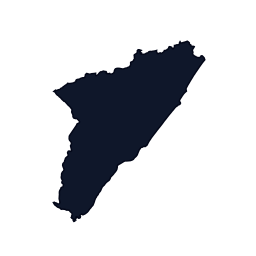 outline of Iguape, São Paulo, Brazil, rotated 341°
{"feature_id": "56859067B39620735608420", "entity_name": "Iguape", "entity_type": "district", "adm_level": 2, "iso_a3": "BRA", "parent_name": "Brazil", "parent_adm1": "São Paulo", "projection": "orthographic", "projection_center": [-47.495, -24.592], "detail": "fine", "context": "isolated", "style": "filled", "palette": "ink", "viewbox_px": 256, "rotation_deg": 341, "n_neighbors": 0, "source": "geoboundaries", "source_scale": "gbopen_adm2", "svg_char_len": 5677}
<svg xmlns="http://www.w3.org/2000/svg" viewBox="0 0 256 256"><g transform="rotate(341 128 128)"><path d="M57.1,195.4L59.4,195.2L60.7,194.8L62.1,194.3L63.5,193.5L64.7,192.6L65.5,192.0L66.3,191.6L67.2,191.1L67.8,190.5L68.8,190.1L69.7,189.6L70.2,189.0L71.0,188.1L72.3,186.5L72.8,185.7L73.5,184.9L74.3,183.9L75.3,183.2L76.2,182.3L76.9,181.8L77.9,181.3L78.7,180.4L79.7,179.5L80.6,179.1L81.7,178.3L83.0,176.8L83.9,175.9L84.5,175.3L85.2,175.0L86.1,174.5L87.0,174.2L87.7,173.6L89.0,172.8L89.8,172.3L90.5,172.1L92.7,171.4L93.4,171.1L94.3,170.3L95.0,169.5L95.5,168.8L97.3,167.9L98.3,167.4L99.2,166.9L100.1,166.2L100.9,165.8L102.3,164.9L103.2,164.2L104.0,163.4L105.0,161.7L105.3,160.8L105.9,159.9L108.1,159.3L109.0,159.2L110.3,158.9L111.7,158.6L112.9,158.3L114.4,158.1L115.1,158.4L117.6,159.1L119.7,159.6L121.6,159.6L122.9,159.3L124.3,158.3L126.3,157.5L127.8,156.5L128.7,155.5L129.4,154.6L130.6,153.3L131.5,152.3L132.8,151.5L133.6,150.8L134.4,150.6L135.3,150.8L137.2,150.4L138.0,151.1L139.2,150.8L140.2,150.5L141.2,149.6L142.4,148.4L144.0,147.0L145.3,146.1L146.9,144.8L147.8,144.2L149.9,142.8L151.1,142.0L152.4,141.2L154.4,139.8L156.6,138.4L159.6,136.5L161.9,135.0L164.3,133.3L166.7,131.8L168.8,130.4L171.6,128.6L173.3,127.6L175.5,126.2L176.3,125.8L178.5,124.4L179.5,123.8L181.1,123.2L182.0,123.1L182.8,122.5L183.6,122.6L184.7,122.5L185.6,121.8L185.8,120.8L185.3,119.7L185.7,118.6L186.7,117.6L187.6,116.9L188.4,116.3L189.1,115.7L189.9,115.1L190.6,114.6L191.7,113.8L192.8,113.2L194.1,112.6L195.2,112.2L195.3,111.1L195.6,109.7L196.4,108.8L197.3,108.0L198.0,107.3L198.8,106.6L200.5,105.2L201.4,104.4L202.7,103.3L203.9,102.3L204.8,101.6L206.1,100.5L207.0,99.7L208.6,98.6L209.4,97.9L211.3,96.5L212.0,96.0L214.3,94.3L214.9,93.8L218.0,91.6L219.7,90.4L221.8,89.1L222.8,88.5L222.8,87.3L222.8,86.4L222.2,85.0L221.7,84.0L220.7,83.6L220.1,84.2L219.1,84.7L218.1,84.6L217.4,84.3L216.6,83.9L215.6,83.2L215.3,82.4L214.4,82.0L213.9,80.9L213.3,80.0L213.1,78.9L213.9,77.9L214.1,76.7L214.0,75.7L214.8,74.6L215.8,73.8L216.5,73.3L217.1,72.6L216.1,71.9L214.8,71.6L214.2,71.0L214.5,70.2L214.0,69.5L213.3,68.9L213.7,67.4L213.0,66.1L212.2,65.2L211.1,65.4L209.8,65.2L209.0,65.7L208.3,65.1L207.2,65.2L205.6,64.9L205.3,63.4L204.5,64.1L204.0,65.1L203.5,65.8L201.9,65.5L200.9,65.2L199.5,65.3L198.8,65.1L198.5,66.1L197.8,67.0L196.8,67.8L195.8,67.5L195.6,66.0L194.8,65.2L193.7,64.6L193.0,64.8L192.5,65.6L191.7,66.3L190.6,66.5L189.9,66.9L188.6,66.9L187.6,66.6L187.0,67.4L185.6,68.0L184.5,68.2L183.3,68.3L183.0,67.5L182.0,67.4L181.1,67.5L180.0,67.2L179.9,66.0L179.8,65.1L180.3,64.0L179.5,64.0L177.8,63.8L176.4,63.5L174.9,63.3L173.9,62.8L172.7,62.7L170.9,63.5L169.7,63.2L168.8,63.6L167.8,63.6L166.7,63.5L165.7,62.8L164.8,62.7L164.0,61.8L165.0,61.3L164.4,60.6L163.9,59.6L165.7,58.9L164.1,57.7L163.1,57.3L161.9,58.0L161.6,59.2L160.8,60.1L159.1,60.6L157.9,60.8L157.3,61.8L157.4,62.9L156.9,63.6L156.8,64.7L155.7,65.4L155.1,66.1L154.1,66.6L152.8,66.7L151.9,66.8L151.5,67.9L151.4,68.7L150.5,69.6L149.7,70.5L148.7,70.7L148.0,70.6L146.6,70.9L145.7,70.7L144.5,70.6L142.4,70.7L141.6,70.1L140.6,69.6L139.7,69.0L139.0,68.7L138.0,68.3L136.9,68.0L135.4,68.0L134.5,68.6L133.9,69.3L133.2,70.5L132.3,71.4L131.0,71.6L129.9,71.7L128.8,71.4L128.5,70.4L127.6,70.4L126.5,70.0L125.7,69.7L125.2,69.0L125.8,68.3L125.6,67.5L124.5,67.0L123.3,66.2L122.2,66.2L121.2,66.3L120.4,66.0L119.3,66.4L118.4,66.9L117.4,67.6L116.1,68.2L114.7,68.0L114.8,66.8L115.2,65.7L114.0,65.5L112.7,65.2L111.5,64.9L110.6,64.8L109.6,64.8L108.7,64.4L107.6,63.6L106.7,63.0L105.9,63.3L105.1,63.7L104.5,65.0L103.6,66.0L102.7,66.2L102.0,65.9L101.0,65.7L100.0,65.7L98.8,65.7L97.8,66.3L96.9,65.7L95.3,65.6L94.3,66.0L94.1,67.0L93.1,67.4L92.1,67.4L91.3,67.7L90.0,67.5L88.7,67.3L87.0,66.9L86.2,66.5L85.4,66.1L84.2,67.0L83.1,67.1L82.1,67.4L81.1,67.8L80.1,67.9L79.4,68.7L78.3,68.6L77.4,68.7L76.6,69.3L75.4,69.3L74.3,69.1L73.4,69.4L72.7,69.3L71.9,68.6L70.9,68.9L69.8,69.3L70.6,70.0L71.0,71.2L71.1,72.0L71.6,73.3L72.0,74.0L72.8,74.9L73.2,76.1L74.0,77.2L74.5,78.4L75.0,79.7L75.6,80.7L76.2,81.9L77.2,82.6L77.5,83.6L78.1,85.0L78.5,86.0L79.0,87.2L79.8,88.4L80.3,89.7L80.7,91.0L81.1,91.8L80.9,92.8L80.4,93.8L80.0,94.5L80.0,95.5L80.1,96.6L80.3,97.7L79.8,98.8L79.7,99.8L79.9,100.8L80.6,101.4L81.5,102.0L82.7,102.4L83.2,103.3L83.9,104.8L84.3,106.0L83.8,107.1L82.5,107.5L81.5,107.4L80.9,107.9L80.2,108.7L70.2,116.2L69.7,116.9L68.8,119.2L68.8,120.6L69.3,121.8L69.6,122.5L69.6,123.6L69.4,124.6L68.7,125.3L67.9,126.1L67.7,127.9L67.6,129.2L67.3,131.1L66.0,131.4L64.7,130.5L63.8,130.6L62.8,131.7L62.7,132.9L62.8,133.9L62.3,134.8L61.3,135.3L60.1,135.7L59.0,136.3L58.3,137.4L57.6,138.1L56.8,139.5L55.9,140.0L55.0,140.4L54.5,141.2L54.1,141.9L54.0,143.5L54.1,144.9L54.1,146.2L53.7,146.9L53.0,147.7L51.7,148.3L50.5,149.4L50.1,150.2L49.6,151.6L48.9,152.7L48.7,153.8L48.7,154.7L49.2,155.7L48.6,156.8L47.8,157.7L47.7,158.6L48.1,159.3L48.8,160.2L48.0,161.4L47.5,162.5L46.3,162.5L45.3,162.7L44.6,163.7L43.5,164.6L42.9,165.2L42.5,165.8L42.0,167.0L41.6,168.4L41.3,169.3L40.9,169.9L40.6,171.0L40.1,171.8L39.8,173.1L39.7,174.3L39.6,175.3L39.3,176.5L38.5,177.1L37.3,177.4L36.7,176.9L36.3,176.1L35.5,175.4L34.7,175.0L34.3,174.3L33.2,174.2L33.4,175.5L33.8,177.0L34.3,177.6L35.0,178.8L35.7,179.9L36.5,180.5L37.3,181.3L38.0,181.8L38.1,182.7L39.1,183.4L40.0,183.2L40.9,184.0L41.9,184.3L42.7,185.2L43.3,185.7L44.4,186.0L45.5,186.6L46.0,187.6L46.2,188.4L47.1,189.8L47.3,190.6L46.9,192.0L46.2,192.7L45.9,193.7L45.2,194.0L45.5,195.0L46.5,196.0L46.1,197.6L46.4,198.7L47.3,198.7L47.5,197.8L48.4,198.0L48.1,196.9L48.9,197.0L49.6,196.2L50.4,196.1L49.9,195.3L50.7,195.1L51.7,195.9L51.8,197.1L52.9,197.4L53.6,197.2L54.2,196.3L53.8,195.1L55.2,194.5L56.2,194.2L57.1,195.4Z" fill="#0f172a" stroke="#020617" stroke-width="1.5"/></g></svg>